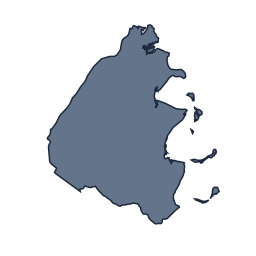 the district of Palma, Cabo Delgado, Mozambique, rotated 350°
{"feature_id": "85939544B28801965730987", "entity_name": "Palma", "entity_type": "district", "adm_level": 2, "iso_a3": "MOZ", "parent_name": "Mozambique", "parent_adm1": "Cabo Delgado", "projection": "natural_earth1", "projection_center": [40.456, -10.86], "detail": "fine", "context": "isolated", "style": "filled", "palette": "slate", "viewbox_px": 256, "rotation_deg": 350, "n_neighbors": 0, "source": "geoboundaries", "source_scale": "gbopen_adm2", "svg_char_len": 5943}
<svg xmlns="http://www.w3.org/2000/svg" viewBox="0 0 256 256"><g transform="rotate(350 128 128)"><path d="M148.2,223.7L148.7,224.3L151.2,223.8L160.1,217.6L164.9,214.9L164.9,214.4L164.0,213.3L163.3,213.1L161.5,211.5L161.3,210.8L160.5,205.7L160.9,202.6L161.4,201.3L163.1,199.7L163.3,198.7L169.0,191.9L169.7,190.0L173.6,185.1L176.2,180.2L176.1,179.9L175.8,180.3L175.8,180.0L177.2,175.1L176.7,173.1L177.4,172.6L177.3,171.9L171.8,169.6L170.9,170.0L170.3,169.1L168.0,167.9L166.7,167.8L167.2,168.3L168.2,168.5L165.8,168.4L165.3,167.0L164.6,167.3L164.0,166.3L164.2,168.4L164.6,168.5L165.0,169.4L165.0,170.0L164.3,170.3L164.4,169.4L163.2,167.2L163.1,165.5L163.4,164.6L163.2,163.8L163.1,164.7L161.7,164.0L159.8,164.9L158.7,164.2L159.1,160.3L160.4,158.9L160.7,157.4L161.4,158.7L160.1,160.2L160.2,160.7L161.2,160.7L161.2,160.0L161.9,159.1L162.5,159.3L161.8,158.4L161.1,154.3L161.0,155.7L160.7,155.5L160.8,153.7L161.3,154.1L161.6,153.8L161.0,153.4L161.1,152.4L162.1,152.8L161.9,152.1L162.4,152.0L162.0,151.2L161.3,151.5L161.6,150.9L162.0,150.8L161.6,150.5L161.9,149.2L163.7,146.6L163.4,146.3L163.8,145.4L164.1,145.2L164.3,145.6L164.6,145.1L164.6,144.3L165.1,144.2L165.2,143.0L166.2,141.7L172.9,135.0L182.8,129.6L187.0,124.9L187.5,123.4L187.4,123.2L186.9,124.5L186.3,124.3L186.2,125.4L185.8,125.3L186.0,124.7L185.7,123.8L184.9,124.7L185.3,123.9L188.4,121.6L189.2,120.7L187.8,119.4L184.5,119.1L178.8,117.4L168.5,109.8L161.3,105.7L160.8,105.9L161.3,108.4L161.1,110.3L160.5,111.2L159.3,111.8L159.3,112.5L158.6,112.1L160.7,109.5L160.5,107.9L160.1,109.5L159.0,105.8L159.9,104.2L159.4,103.4L159.5,100.9L161.2,96.3L161.3,94.8L162.4,93.3L163.9,92.6L163.9,93.3L162.2,95.1L161.7,95.0L161.6,96.3L162.1,97.0L162.6,96.8L162.4,96.4L163.2,96.4L162.5,95.7L162.5,95.2L164.0,96.2L164.1,96.7L164.4,95.9L165.8,96.1L174.4,88.7L176.9,86.0L180.0,84.2L181.8,84.1L182.9,85.3L184.1,85.8L188.6,86.4L191.6,88.9L193.6,87.9L193.9,85.2L193.7,83.9L192.8,82.0L191.0,80.0L189.2,79.3L186.5,79.2L184.0,78.8L182.2,77.9L180.8,77.9L179.1,75.8L178.1,72.3L178.3,67.4L179.0,64.8L180.8,64.1L180.8,63.0L181.6,61.9L181.4,61.2L179.9,60.3L178.2,60.0L175.9,57.8L174.2,57.1L173.3,56.1L171.2,55.0L170.1,55.0L169.0,55.5L167.7,57.2L165.1,58.4L161.5,58.4L160.2,57.7L159.1,58.5L159.3,55.9L160.1,55.1L160.3,54.2L160.1,53.7L158.5,54.0L158.1,53.7L158.0,50.4L157.6,50.5L157.2,51.8L156.5,51.9L156.5,51.3L157.6,49.7L159.0,49.7L158.6,51.9L159.0,52.6L159.6,52.2L160.6,50.7L161.8,51.1L162.4,50.9L162.7,49.3L163.6,48.8L164.9,49.0L166.3,49.9L166.6,49.7L166.5,48.4L166.8,48.2L167.2,49.5L167.7,50.2L168.6,49.0L169.9,49.0L169.6,48.0L170.6,47.9L171.5,48.7L171.9,48.2L172.3,48.6L172.8,48.5L172.8,46.9L173.7,45.1L173.4,44.3L172.4,43.5L171.9,41.1L171.0,39.4L170.3,37.1L170.9,34.7L170.3,34.5L169.8,32.8L169.0,32.5L169.2,31.3L167.3,30.2L165.3,30.5L165.1,32.2L164.5,33.3L160.7,37.1L158.0,38.4L157.5,38.1L158.2,37.2L157.8,36.0L158.4,33.6L159.9,34.7L160.9,33.3L162.6,32.8L162.8,32.2L159.7,31.6L156.4,29.6L155.6,29.9L155.7,31.3L155.3,31.7L154.8,31.7L154.9,30.8L154.5,30.0L151.7,28.2L150.6,28.7L149.1,31.0L147.2,30.3L145.9,33.8L144.5,36.2L143.5,37.2L139.6,39.0L138.1,40.0L136.6,42.6L134.0,49.8L129.8,54.1L126.7,55.2L124.7,54.6L121.3,54.4L113.9,55.3L104.7,61.7L96.9,69.9L94.9,73.2L92.5,75.9L88.6,79.1L83.0,85.4L78.7,88.6L74.8,94.3L71.5,97.6L64.1,103.0L62.0,105.2L58.3,110.4L52.8,115.8L51.6,115.8L50.4,120.6L47.5,123.2L46.8,124.2L47.0,125.1L48.9,127.0L49.2,128.2L47.0,131.2L46.4,132.9L45.1,146.9L45.2,148.2L46.5,150.4L50.5,154.9L50.3,156.0L48.6,157.9L48.0,159.1L48.6,160.1L70.0,182.3L70.0,180.0L70.7,179.7L72.8,180.0L74.1,179.1L75.2,177.6L76.0,177.7L76.8,178.5L80.4,180.1L82.0,180.1L83.1,179.6L83.7,179.9L85.8,179.8L87.8,184.0L91.9,190.1L94.7,192.2L95.5,193.6L97.5,195.1L100.4,199.6L102.7,200.7L105.1,202.9L106.8,203.7L109.2,202.7L112.0,203.3L114.7,203.0L117.1,203.3L119.4,202.7L124.6,204.4L125.6,207.2L126.7,208.6L126.4,210.6L127.6,214.6L128.5,215.5L129.9,215.6L132.4,216.9L132.9,219.9L133.6,221.5L134.9,223.4L138.1,226.9L139.5,227.4L141.6,227.2L143.2,227.8L144.6,227.5L145.4,226.3L145.7,224.6L146.6,223.8L148.2,223.7ZM210.1,164.2L209.0,164.1L207.7,165.4L207.5,167.0L205.7,168.8L201.6,169.7L199.3,171.1L195.2,172.4L191.7,172.1L187.6,170.3L184.8,170.5L187.9,173.3L193.0,173.7L193.7,174.3L193.4,175.0L193.9,175.2L194.2,174.9L194.0,174.0L194.9,174.0L195.5,173.2L195.7,174.1L194.7,174.5L194.5,175.1L195.2,175.0L197.0,173.3L201.7,171.0L202.8,170.7L204.5,171.8L205.7,171.4L208.1,169.5L207.5,170.2L207.8,170.4L208.8,169.3L208.5,169.0L208.8,168.7L208.9,168.1L209.2,168.5L209.9,168.6L210.5,167.7L210.3,167.1L210.9,166.6L210.5,165.6L210.8,164.9L210.1,164.2ZM198.6,120.9L196.6,118.4L197.4,119.4L197.1,120.8L197.8,121.1L198.6,122.9L199.0,123.1L198.9,123.9L198.5,124.1L198.6,125.4L199.3,125.9L199.8,127.3L201.0,127.6L199.7,127.7L199.0,128.3L198.3,126.3L197.0,123.9L196.5,124.7L196.8,125.0L196.5,125.7L195.7,127.0L195.7,130.0L194.8,133.1L196.2,132.7L195.4,131.5L196.3,131.5L197.0,132.3L197.9,132.0L197.8,131.5L198.9,131.1L199.6,129.3L200.6,128.1L202.8,127.5L203.5,126.5L203.5,124.8L202.8,123.8L201.3,122.2L200.1,122.0L198.6,120.9ZM205.9,202.1L203.0,201.4L202.1,201.6L201.3,202.3L200.8,203.7L200.1,204.7L200.2,205.8L198.9,208.6L196.7,211.9L198.5,210.0L199.7,209.7L199.8,208.4L201.1,208.2L202.0,208.4L202.7,207.8L203.7,208.4L205.3,206.9L206.7,206.5L205.9,202.1ZM195.7,104.9L193.7,104.3L193.2,105.1L192.4,105.0L191.7,105.7L194.2,107.3L195.3,108.5L196.0,109.9L196.8,113.1L197.5,110.1L198.0,111.1L198.6,106.7L197.6,105.0L195.7,104.9ZM162.3,53.8L161.1,52.3L160.6,52.2L160.8,54.8L160.0,56.1L160.1,56.9L161.9,57.4L164.7,57.0L167.2,55.4L167.4,54.8L166.9,53.7L166.0,53.2L162.3,53.8ZM191.3,213.6L188.6,213.0L184.6,210.5L181.4,209.4L182.3,210.7L186.8,213.4L188.4,214.8L191.8,214.7L195.2,213.1L191.3,213.6ZM166.2,51.6L163.4,49.5L163.0,50.5L163.7,51.7L162.6,52.5L162.3,53.1L163.1,53.3L165.7,52.5L167.4,53.1L168.3,52.8L168.3,52.3L166.2,51.6ZM191.7,142.3L189.8,140.4L190.6,144.6L191.7,143.0L191.7,142.3Z" fill="#64748b" stroke="#1e293b" stroke-width="1.5"/></g></svg>